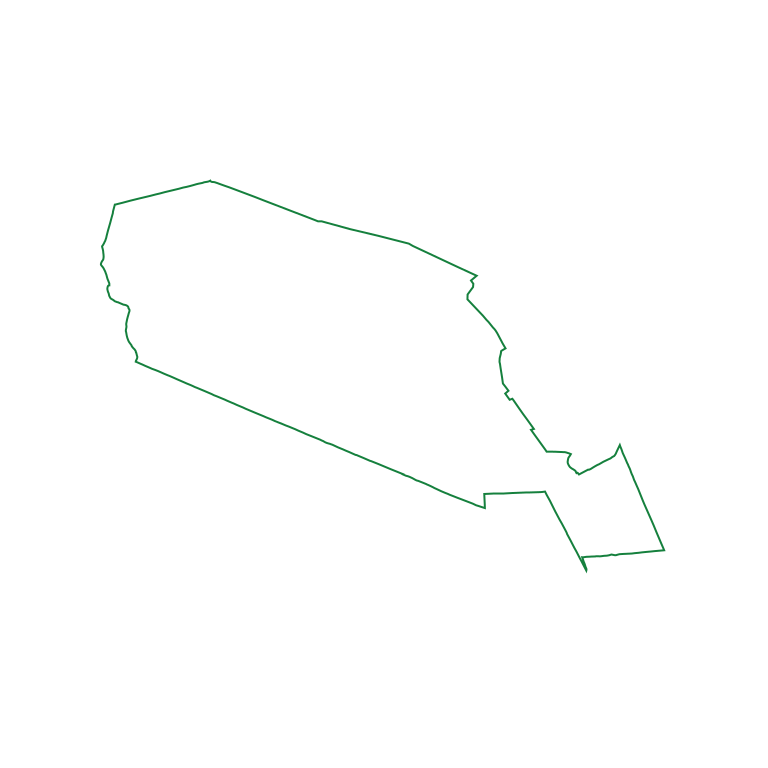 outline of Didesti, Teleorman, Romania, rotated 220°
{"feature_id": "2599482B46848008885107", "entity_name": "Didesti", "entity_type": "district", "adm_level": 2, "iso_a3": "ROU", "parent_name": "Romania", "parent_adm1": "Teleorman", "projection": "natural_earth1", "projection_center": [24.889, 44.225], "detail": "fine", "context": "isolated", "style": "outline", "palette": "green", "viewbox_px": 768, "rotation_deg": 220, "n_neighbors": 0, "source": "geoboundaries", "source_scale": "gbopen_adm2", "svg_char_len": 6123}
<svg xmlns="http://www.w3.org/2000/svg" viewBox="0 0 768 768"><g transform="rotate(220 384 384)"><path d="M382.6,526.5L403.9,520.7L450.6,508.3L455.2,507.5L483.7,493.8L509.6,480.8L536.4,468.5L539.1,466.2L542.5,465.1L549.5,462.7L566.0,457.0L594.2,447.3L603.4,444.2L615.6,439.9L628.9,435.2L633.6,433.4L639.3,431.3L640.5,430.9L642.0,430.3L643.3,429.8L644.2,429.3L645.2,428.5L645.9,428.1L647.2,427.8L647.5,427.8L647.8,428.0L648.1,427.3L648.5,426.5L649.3,425.4L651.2,423.2L651.7,422.5L652.0,421.9L652.6,421.0L653.4,420.0L654.7,418.4L656.1,416.5L657.9,413.8L659.9,410.9L662.1,407.9L664.1,405.4L666.5,401.9L671.0,395.8L675.3,390.0L678.3,385.7L680.7,382.5L683.9,378.0L688.5,371.8L690.9,368.6L696.0,361.6L700.7,354.9L703.6,350.9L704.8,349.2L705.5,348.4L703.2,343.5L702.5,342.0L701.5,340.5L699.6,336.3L697.3,331.4L694.1,324.2L691.9,319.6L690.7,317.3L690.1,315.7L689.6,314.5L689.4,313.4L689.0,312.0L688.6,309.9L688.5,308.9L688.5,308.3L688.1,307.9L686.1,306.5L684.7,305.4L683.3,304.0L682.0,302.8L680.6,301.3L680.1,300.6L679.3,299.3L679.1,298.8L679.0,298.1L678.9,296.8L678.6,295.4L678.2,294.4L677.9,293.8L677.5,293.5L676.9,293.2L675.8,293.0L674.2,292.7L673.0,292.3L669.8,290.9L668.3,290.0L667.0,289.3L666.0,288.6L664.6,287.6L662.9,286.5L662.0,286.1L660.8,285.4L659.8,284.9L659.0,284.4L658.3,283.6L657.8,283.0L658.1,282.7L658.3,282.4L658.4,282.1L658.4,281.5L658.0,280.5L657.4,279.5L657.0,278.9L656.2,278.3L655.3,277.6L654.3,277.0L653.1,276.4L651.3,275.0L650.2,274.5L648.9,274.0L648.3,273.9L647.8,273.9L645.6,274.3L644.7,274.4L643.9,274.3L643.3,274.4L641.6,275.0L641.0,275.2L639.9,275.8L639.2,275.9L637.0,276.6L634.6,277.3L634.0,277.7L633.0,278.2L632.4,278.5L631.2,278.8L630.4,278.8L629.9,278.8L629.4,278.6L628.5,277.9L628.2,277.7L627.0,277.4L626.7,277.2L626.4,276.9L626.0,276.5L625.7,275.9L625.0,274.1L624.1,272.2L623.5,270.8L622.4,268.5L621.2,266.3L620.4,264.8L619.8,264.0L619.1,263.3L618.5,262.8L617.8,261.9L617.3,261.0L616.6,259.7L616.1,259.0L615.8,258.6L614.9,258.0L612.3,255.8L611.2,255.0L610.2,254.3L607.9,253.0L606.8,252.5L605.9,252.2L603.0,251.5L602.2,251.3L601.8,251.0L601.5,250.8L601.1,250.7L598.9,250.3L597.4,250.2L596.7,250.0L595.9,249.8L595.3,249.5L594.8,249.2L594.3,248.7L593.9,248.7L591.3,246.8L590.6,246.4L590.3,246.1L590.0,245.6L589.7,245.1L589.2,243.6L589.1,242.9L588.9,242.2L588.5,241.5L587.7,241.8L586.7,242.1L583.5,243.0L581.6,243.6L578.6,244.4L573.7,245.9L571.5,246.5L570.2,247.0L568.3,247.7L566.8,248.2L565.3,248.7L562.6,249.5L559.4,250.4L555.2,251.7L554.1,252.1L552.5,252.6L549.1,253.6L545.9,254.5L537.8,256.9L535.7,257.5L531.4,258.9L528.9,259.6L526.9,260.1L524.9,260.8L519.1,262.6L517.2,263.2L511.9,264.8L509.6,265.5L507.0,266.1L505.3,266.7L503.5,267.3L498.7,268.8L495.9,269.7L494.0,270.2L492.3,270.7L488.3,271.9L486.8,272.4L485.0,272.9L483.5,273.3L480.6,274.2L478.7,274.8L476.8,275.4L474.1,276.1L464.4,279.1L455.6,281.9L452.8,282.7L449.5,283.8L446.4,284.8L444.5,285.3L443.7,285.5L435.9,288.1L432.6,289.1L429.5,290.2L422.9,292.3L419.6,293.2L414.8,294.7L411.4,295.6L406.0,297.4L396.8,300.4L395.7,300.6L393.8,301.2L391.8,301.5L390.1,302.0L388.2,302.8L387.2,303.3L386.7,303.5L386.3,303.6L384.5,304.3L378.5,305.9L373.2,307.6L370.7,308.3L366.9,309.5L360.2,311.4L359.8,311.6L359.7,311.7L359.5,311.9L358.1,312.3L352.3,314.1L345.2,316.2L344.4,316.6L336.5,319.2L324.3,323.0L319.7,324.5L311.4,327.2L311.4,326.9L308.3,327.8L306.4,328.7L304.7,329.3L301.8,330.1L299.7,330.5L298.1,330.8L297.3,331.0L296.5,331.3L295.3,331.9L294.3,332.2L291.3,333.2L287.6,334.4L286.3,334.7L285.1,335.1L282.5,335.8L280.1,336.4L278.5,336.7L276.4,337.3L271.1,338.7L266.9,340.0L264.6,340.8L262.4,341.4L258.3,342.8L254.7,344.0L250.4,345.5L239.1,349.4L235.5,350.3L233.2,351.3L230.9,352.2L228.7,353.1L227.0,353.8L229.3,356.4L234.1,361.6L236.5,364.2L232.7,367.7L230.0,370.2L225.5,374.0L222.6,376.4L215.8,382.8L205.8,391.9L203.1,394.2L194.7,401.7L193.1,403.3L191.5,405.1L187.8,403.5L181.8,401.2L179.3,400.1L170.8,396.4L165.6,394.3L162.4,393.0L158.3,391.5L151.1,388.6L148.5,387.5L147.4,386.8L146.4,386.4L140.9,384.2L133.0,380.9L128.8,379.3L121.7,376.3L119.4,375.4L109.1,371.1L109.4,371.7L109.9,372.3L110.5,372.7L112.1,373.5L114.1,374.8L114.6,375.1L116.9,376.3L120.8,378.7L120.0,379.3L119.3,380.1L117.8,381.8L116.9,382.6L116.0,383.4L113.9,385.4L111.3,387.7L110.9,388.3L110.1,389.0L107.8,390.8L106.9,391.7L105.0,393.8L103.6,395.1L102.8,395.9L101.4,397.6L100.6,398.9L100.1,399.6L97.0,401.3L96.4,401.8L95.0,403.9L94.1,405.1L91.8,407.3L85.2,413.4L83.1,415.7L80.6,418.2L78.2,420.8L74.7,424.4L71.8,427.3L69.7,429.5L62.5,436.7L64.4,437.7L68.6,439.8L74.9,443.0L80.2,445.7L86.5,449.0L91.3,451.4L102.1,456.7L107.4,459.3L110.7,461.0L121.9,467.0L124.6,468.3L128.6,470.3L130.8,471.3L134.0,473.2L136.4,474.3L138.2,475.3L140.0,476.4L141.4,477.2L142.8,477.8L144.3,478.5L145.3,479.1L146.8,479.7L151.9,482.3L156.8,484.6L158.9,485.9L160.8,487.0L162.8,488.0L164.1,488.8L163.0,484.5L162.3,481.8L161.9,480.5L161.6,479.4L161.4,477.8L161.4,477.2L161.4,476.7L161.7,476.0L162.2,474.8L162.4,473.7L162.7,472.5L163.2,471.5L164.0,469.8L166.0,465.4L167.1,462.3L167.9,460.2L168.4,459.4L169.6,456.2L170.3,454.1L171.1,451.6L171.7,450.4L172.0,450.0L172.3,449.7L172.6,449.6L176.5,440.0L177.1,440.1L177.7,440.3L178.4,440.4L178.7,440.4L178.9,440.3L179.1,440.1L179.3,439.5L179.9,439.7L180.6,440.1L181.2,440.4L182.2,440.5L184.1,440.3L185.6,440.0L187.1,439.9L188.2,439.9L189.4,440.2L191.0,440.8L192.3,441.5L193.2,442.3L194.4,444.2L195.2,445.8L195.3,446.3L195.4,447.0L195.5,448.7L195.8,450.4L197.4,449.9L199.4,449.1L200.6,448.6L201.7,448.0L202.4,447.4L203.9,446.3L206.5,444.3L209.9,441.7L215.2,437.3L215.9,436.7L218.3,437.4L236.5,442.0L241.9,443.4L240.3,445.9L251.6,448.8L258.2,450.4L264.2,452.0L274.4,454.8L276.2,455.2L277.6,452.7L285.0,454.6L284.3,458.8L289.4,460.0L293.2,460.8L297.4,464.6L305.0,471.2L306.9,472.9L308.0,473.9L309.5,475.0L309.9,475.4L311.4,477.4L312.0,478.2L313.9,482.1L314.7,483.4L315.4,484.4L315.4,484.6L315.3,485.1L314.4,487.8L313.8,489.4L319.4,491.4L321.3,492.2L329.9,495.7L333.0,496.7L334.9,497.1L336.8,497.3L343.8,498.7L346.8,499.0L352.0,499.9L374.5,502.5L377.5,506.3L378.1,515.5L380.0,518.2L383.9,519.2L382.6,526.5Z" fill="none" stroke="#15803d" stroke-width="2"/></g></svg>